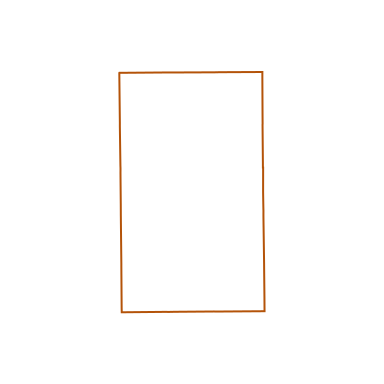 Comandante Fernández, Chaco, Argentina (orthographic projection), rotated 338°
{"feature_id": "61730980B26046188382184", "entity_name": "Comandante Fernández", "entity_type": "district", "adm_level": 2, "iso_a3": "ARG", "parent_name": "Argentina", "parent_adm1": "Chaco", "projection": "orthographic", "projection_center": [-60.45, -26.787], "detail": "fine", "context": "isolated", "style": "outline", "palette": "amber", "viewbox_px": 384, "rotation_deg": 338, "n_neighbors": 0, "source": "geoboundaries", "source_scale": "gbopen_adm2", "svg_char_len": 744}
<svg xmlns="http://www.w3.org/2000/svg" viewBox="0 0 384 384"><g transform="rotate(338 192 192)"><path d="M302.2,107.1L262.3,91.2L257.8,89.5L218.0,73.6L213.6,71.8L169.3,54.3L169.2,54.4L151.0,100.9L149.7,104.1L135.4,141.0L134.6,143.2L134.2,144.2L132.8,147.6L130.0,154.7L121.2,177.1L116.9,187.9L116.8,188.2L115.1,192.5L99.4,232.6L98.7,234.3L83.2,273.5L81.8,277.2L119.2,291.9L121.7,292.9L126.1,294.7L131.1,296.6L167.8,311.1L170.1,312.1L172.4,313.0L214.6,329.7L216.3,325.4L219.9,316.3L230.4,289.5L232.1,285.2L248.3,243.4L249.4,240.6L251.2,236.2L252.2,233.5L256.7,221.8L258.1,218.2L267.1,196.0L266.9,195.9L268.7,191.4L282.7,155.8L282.9,155.5L284.6,151.2L286.3,146.9L300.4,111.5L302.2,107.1Z" fill="none" stroke="#b45309" stroke-width="2"/></g></svg>